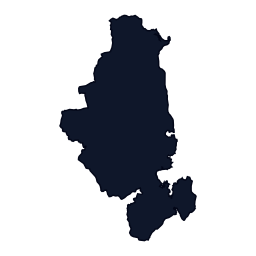 the district of Memba, Nampula, Mozambique
{"feature_id": "85939544B76219123027909", "entity_name": "Memba", "entity_type": "district", "adm_level": 2, "iso_a3": "MOZ", "parent_name": "Mozambique", "parent_adm1": "Nampula", "projection": "natural_earth1", "projection_center": [40.424, -13.966], "detail": "fine", "context": "isolated", "style": "filled", "palette": "ink", "viewbox_px": 256, "rotation_deg": 0, "n_neighbors": 0, "source": "geoboundaries", "source_scale": "gbopen_adm2", "svg_char_len": 5903}
<svg xmlns="http://www.w3.org/2000/svg" viewBox="0 0 256 256"><path d="M109.5,20.8L111.1,22.0L111.3,22.8L111.1,24.5L110.5,25.2L111.0,26.6L110.7,29.5L111.8,30.1L111.4,34.6L113.1,37.8L112.2,39.1L112.8,42.9L112.0,47.6L110.6,51.1L109.5,52.1L104.6,52.8L101.4,54.2L101.6,55.2L102.3,55.6L102.4,56.7L98.9,59.8L98.3,61.4L97.8,65.0L96.5,65.4L96.4,66.9L95.3,67.6L95.0,68.2L94.6,71.1L93.9,73.5L94.7,77.6L94.6,79.4L95.2,80.6L95.1,82.0L94.7,82.3L93.5,81.8L92.6,82.5L91.0,82.8L85.9,85.8L79.8,86.8L79.3,87.2L78.8,88.3L78.9,91.3L79.6,93.4L81.3,93.0L85.1,93.3L85.1,95.7L85.7,97.6L86.1,100.4L87.2,103.4L88.2,107.8L83.7,108.5L81.0,109.6L77.4,110.2L76.4,109.6L76.0,110.0L75.4,109.6L74.3,110.0L69.6,109.5L66.0,110.7L64.8,110.5L64.1,111.4L62.9,111.3L62.1,111.6L61.8,113.0L62.6,114.9L62.6,116.0L61.4,119.5L60.8,123.7L60.0,125.9L61.1,127.5L62.1,128.1L62.6,128.8L62.7,131.0L64.0,131.6L65.4,131.7L66.4,132.3L66.5,133.5L67.4,135.3L68.5,135.7L68.8,136.2L68.4,137.9L68.9,139.4L71.0,139.6L71.5,140.7L73.2,141.3L75.0,140.2L78.1,140.1L78.6,141.7L80.0,142.1L80.3,142.8L82.6,143.0L83.1,146.0L83.7,147.3L84.3,147.2L84.3,146.7L84.7,146.4L85.8,146.3L85.8,146.8L85.1,148.0L84.7,149.6L84.1,149.9L82.4,149.9L82.0,150.3L81.8,151.3L82.0,153.3L79.1,156.4L78.6,157.9L78.5,159.7L83.8,163.5L86.2,168.1L89.6,168.9L90.2,170.7L95.6,176.7L96.4,178.4L97.2,181.7L99.2,184.0L100.2,185.6L100.9,188.6L101.0,190.5L101.5,190.7L101.8,191.3L103.3,191.3L104.8,190.2L106.5,190.3L107.3,192.2L107.7,194.1L109.2,196.6L110.9,196.4L113.0,195.2L115.6,195.9L118.3,195.6L120.1,197.3L120.8,198.7L121.8,199.2L124.6,197.6L127.0,195.4L130.2,193.7L131.7,191.9L133.3,191.5L135.0,191.8L135.5,191.3L136.3,189.4L140.2,188.0L140.6,189.0L140.2,190.0L140.6,190.9L142.5,192.8L142.3,193.8L141.5,194.4L140.8,194.4L137.7,193.8L136.7,196.5L136.7,197.8L133.9,198.6L133.6,199.0L133.7,199.7L135.2,201.7L134.9,202.6L133.3,203.0L132.2,203.7L131.0,203.6L130.2,205.0L128.4,204.6L127.7,205.2L127.8,207.6L127.2,208.2L127.6,209.0L127.5,209.9L127.8,211.5L127.1,214.5L128.2,217.2L127.5,219.5L129.3,222.0L129.6,225.4L131.0,228.1L131.0,229.6L130.1,231.4L129.7,232.9L131.2,235.5L133.4,236.6L137.8,237.5L138.3,237.9L138.9,239.7L139.5,240.0L144.5,240.6L146.4,239.6L148.3,239.9L148.7,238.4L149.7,237.3L149.7,236.5L151.9,232.5L154.4,230.3L155.2,229.0L157.4,228.9L161.6,224.9L162.6,223.6L163.3,221.2L165.0,218.9L165.7,218.4L168.9,217.5L171.9,215.6L172.6,214.8L173.6,214.4L175.0,214.5L176.2,214.0L175.8,213.1L176.4,212.4L176.0,211.9L176.2,210.9L175.7,209.4L174.4,209.4L173.7,208.7L173.7,208.1L174.3,207.5L175.1,207.8L175.4,208.6L176.3,208.1L177.3,208.5L177.9,210.5L180.3,214.1L180.5,215.5L182.1,218.8L183.7,220.2L184.4,220.1L186.0,217.4L187.5,216.4L189.7,212.4L191.2,212.3L192.3,211.8L194.1,210.1L194.4,209.2L195.1,208.7L194.8,208.4L195.1,206.0L194.7,205.4L194.6,204.5L194.9,201.0L196.0,196.2L195.1,195.0L193.8,194.3L191.5,192.1L191.1,190.4L191.1,185.9L192.2,181.1L190.8,180.3L189.7,177.4L187.4,176.7L186.5,179.2L185.3,180.2L182.9,179.3L182.2,178.0L181.8,178.7L179.3,179.5L177.5,181.2L177.5,182.1L177.9,182.3L177.8,182.8L177.2,182.9L176.7,183.9L176.1,183.9L176.0,183.4L175.3,183.0L173.9,183.4L173.6,185.1L172.9,185.6L173.2,186.0L173.0,187.6L172.5,188.6L172.5,189.2L172.1,189.7L173.1,190.8L173.2,191.8L172.7,194.8L171.4,197.9L171.9,198.7L171.1,197.9L171.5,197.4L171.4,196.7L171.9,195.8L171.9,195.2L169.6,196.6L169.0,196.4L168.9,195.8L169.1,195.3L168.5,194.1L168.5,193.1L169.9,192.2L170.0,191.8L169.6,191.5L169.8,190.9L169.0,189.5L168.2,189.3L167.3,188.2L167.3,187.2L168.2,186.8L168.6,184.6L169.3,184.2L167.5,183.2L167.1,182.4L167.2,181.2L166.7,181.0L166.2,181.4L166.4,182.6L166.0,183.4L165.4,183.5L165.1,183.1L165.1,182.4L164.4,182.9L164.2,182.3L164.0,182.9L163.4,183.4L163.7,184.5L164.2,184.6L164.9,186.0L164.2,187.1L163.7,186.9L162.9,185.4L162.2,185.0L162.0,185.4L162.5,187.1L162.4,187.8L159.6,186.4L159.9,185.6L161.1,185.4L161.1,184.5L161.8,183.7L159.8,181.4L159.4,180.4L157.8,179.4L156.9,176.0L156.6,176.0L156.2,175.4L156.2,173.6L155.9,173.4L155.6,173.9L155.5,173.4L156.2,172.6L157.0,170.9L158.3,170.5L158.4,170.1L160.5,170.0L161.8,169.5L162.2,167.9L162.0,167.2L162.6,167.3L162.6,169.4L166.5,169.0L167.2,169.4L168.0,168.6L169.4,168.3L171.0,167.1L171.8,166.9L171.0,166.1L170.6,165.2L171.0,163.9L172.3,162.5L171.1,162.4L170.8,160.1L171.3,159.8L171.3,159.3L170.3,159.4L169.9,158.0L169.6,158.2L169.0,157.7L168.0,158.0L167.6,157.4L167.6,156.1L168.5,155.1L170.1,156.0L170.8,155.2L172.1,155.3L174.3,153.3L174.9,153.3L174.7,152.8L174.9,151.1L175.9,149.4L175.6,146.8L176.1,145.9L176.3,142.1L177.1,141.1L176.8,139.5L175.8,139.4L174.9,138.6L174.1,135.1L173.6,135.3L173.1,134.9L172.5,135.4L171.7,135.1L171.3,135.9L171.5,137.0L170.7,137.4L169.6,137.1L168.3,137.4L165.3,135.1L165.2,133.3L165.6,132.2L167.3,130.4L169.2,130.6L169.5,131.5L169.1,131.9L169.4,132.2L172.2,131.2L173.4,132.3L174.1,132.2L173.9,129.2L173.2,128.3L173.4,125.3L173.1,120.3L172.7,119.1L170.2,115.2L169.0,114.1L167.8,111.6L167.6,109.1L168.1,104.9L167.2,99.1L167.3,95.7L166.7,94.1L166.9,91.1L165.5,88.1L164.9,84.7L165.0,73.0L164.3,71.4L162.2,69.3L159.9,68.4L158.7,66.3L158.6,61.2L157.9,56.0L157.9,55.2L159.0,53.2L158.9,52.1L159.4,50.8L161.7,48.7L162.7,46.6L164.4,45.3L167.1,44.6L168.7,43.4L169.4,40.5L170.1,40.1L169.9,37.6L169.2,36.7L168.3,37.1L168.0,38.3L168.4,39.6L167.5,40.6L165.9,40.8L164.2,40.5L161.6,38.6L159.6,35.3L158.8,34.8L159.2,35.7L158.9,37.0L159.9,38.1L159.3,39.1L159.9,40.3L159.7,40.2L159.2,39.9L159.0,39.2L159.4,38.1L158.3,37.3L158.0,35.6L154.8,34.3L155.3,34.0L156.6,34.5L158.0,33.6L159.1,34.1L156.8,31.2L156.2,29.2L154.2,30.4L153.1,29.5L152.4,30.1L151.7,29.7L150.5,30.6L149.0,30.8L146.9,30.5L145.0,28.7L143.4,28.6L143.0,27.2L142.3,26.7L141.4,24.8L141.7,22.5L141.7,20.0L141.4,19.0L138.7,18.4L138.0,17.5L135.1,15.5L132.9,16.3L131.1,16.2L129.4,16.9L128.3,16.7L126.1,15.6L124.1,15.4L123.3,15.9L122.1,16.1L121.2,16.9L119.5,17.5L118.8,18.7L116.3,19.7L112.9,18.3L111.0,19.4L109.5,20.8Z" fill="#0f172a" stroke="#020617" stroke-width="1.5"/></svg>